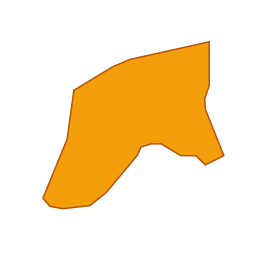 map outline of Naklo (Mercator projection), rotated 76°
{"feature_id": "SVN-1015", "entity_name": "Naklo", "entity_type": "Municipality", "adm_level": 1, "iso_a3": "SVN", "parent_name": "Slovenia", "parent_adm1": "", "projection": "mercator", "projection_center": [14.309, 46.29], "detail": "fine", "context": "isolated", "style": "filled", "palette": "amber", "viewbox_px": 256, "rotation_deg": 76, "n_neighbors": 0, "source": "natural_earth", "source_scale": "10m", "svg_char_len": 420}
<svg xmlns="http://www.w3.org/2000/svg" viewBox="0 0 256 256"><g transform="rotate(76 128 128)"><path d="M178.0,41.7L182.5,61.9L171.4,68.8L167.5,83.6L151.4,99.6L149.0,109.5L149.6,120.1L157.0,125.8L185.4,164.8L194.1,183.8L190.5,210.9L185.1,222.7L175.6,227.6L124.2,189.8L78.3,171.4L64.9,128.3L61.9,109.3L64.0,28.4L106.5,38.9L117.9,46.4L128.6,48.4L178.0,41.7Z" fill="#f59e0b" stroke="#b45309" stroke-width="1.5"/></g></svg>